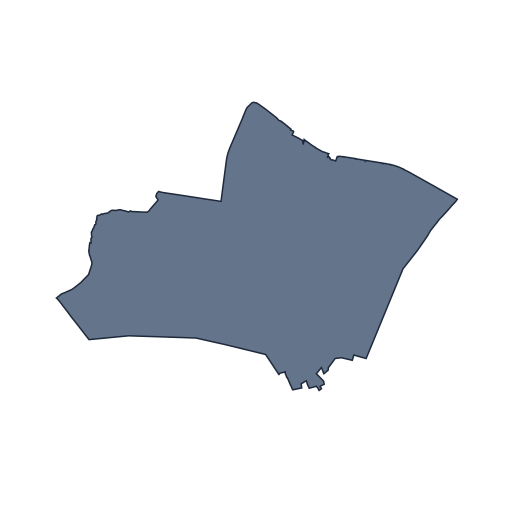 outline of Heeze-Leende, Noord-Brabant, Netherlands, rotated 38°
{"feature_id": "6326949B20290330691137", "entity_name": "Heeze-Leende", "entity_type": "district", "adm_level": 2, "iso_a3": "NLD", "parent_name": "Netherlands", "parent_adm1": "Noord-Brabant", "projection": "albers", "projection_center": [5.542, 51.359], "detail": "fine", "context": "isolated", "style": "filled", "palette": "slate", "viewbox_px": 512, "rotation_deg": 38, "n_neighbors": 0, "source": "geoboundaries", "source_scale": "gbopen_adm2", "svg_char_len": 5684}
<svg xmlns="http://www.w3.org/2000/svg" viewBox="0 0 512 512"><g transform="rotate(38 256 256)"><path d="M157.9,146.5L159.9,153.8L160.0,153.7L169.0,187.6L169.4,188.7L169.7,189.8L170.1,190.9L170.5,192.0L170.9,193.1L171.4,194.2L171.9,195.3L172.4,196.3L173.0,197.4L173.5,198.4L194.8,234.5L190.0,237.2L188.0,238.3L183.8,240.7L179.7,243.0L175.5,245.3L169.3,248.8L158.9,254.6L152.7,258.1L150.6,259.3L148.5,260.5L144.4,262.8L143.3,263.4L142.3,263.9L141.2,264.4L139.5,265.1L139.5,265.6L139.3,267.5L139.6,268.7L139.7,269.1L140.3,269.8L140.4,270.0L140.4,270.3L140.3,270.5L140.5,270.8L141.4,271.1L142.0,271.4L142.6,271.6L143.9,271.9L144.1,272.0L144.3,272.4L144.3,274.3L143.8,284.2L143.9,284.8L143.9,285.8L143.7,286.8L143.3,288.4L143.2,288.7L143.0,288.8L142.6,288.9L142.5,289.0L142.1,289.3L141.4,289.7L140.9,290.3L140.0,290.9L132.7,296.0L132.2,296.3L131.8,296.7L131.6,297.0L131.3,297.2L131.2,297.3L130.8,297.4L130.3,297.4L129.6,297.6L129.2,297.8L129.1,298.1L128.5,299.7L128.5,299.8L128.3,299.9L127.7,300.1L126.2,300.6L125.6,300.8L125.1,301.0L124.3,301.4L124.0,301.6L121.6,302.7L121.0,302.8L120.5,303.1L120.2,303.3L119.8,303.7L119.3,304.2L119.1,304.4L118.5,305.4L118.3,305.7L118.2,305.8L117.9,305.9L117.7,306.1L117.5,306.3L117.2,306.7L117.1,306.8L116.7,307.1L116.1,307.3L115.9,307.4L115.6,307.6L115.1,308.1L114.6,308.5L113.9,309.3L113.8,309.5L113.7,309.9L113.4,310.7L113.4,310.9L112.8,313.1L112.7,313.3L112.6,313.5L112.3,313.9L111.1,315.1L110.8,315.5L110.5,315.8L110.2,316.1L109.9,316.7L109.7,317.0L109.4,317.6L108.8,317.7L108.6,317.8L108.4,318.0L108.1,318.6L107.9,319.2L107.8,319.8L107.7,319.9L107.4,320.3L106.9,320.8L106.7,321.1L106.4,321.4L106.2,321.5L106.1,321.9L106.1,322.0L106.3,322.7L106.5,323.0L106.8,323.5L107.2,323.9L107.6,325.1L108.0,325.2L108.3,325.3L108.4,325.7L108.4,325.8L108.5,326.4L108.5,326.5L108.6,327.4L108.7,327.6L109.0,328.0L109.3,328.4L109.4,328.5L109.8,328.8L110.0,329.0L110.1,329.7L110.1,330.1L110.0,330.3L109.7,330.6L109.7,330.9L109.8,331.2L110.1,331.6L110.2,331.9L110.6,333.2L110.8,333.8L110.8,334.2L110.8,335.2L110.9,335.3L111.3,336.5L111.6,338.2L111.6,338.4L111.7,338.7L111.8,338.8L111.9,339.0L112.6,339.7L113.8,341.0L114.3,341.5L114.8,341.7L115.1,342.0L115.2,342.6L115.1,343.2L115.1,343.5L116.0,345.0L116.4,345.3L116.7,345.6L117.4,346.4L117.8,346.9L118.0,347.1L117.9,347.2L117.7,347.4L116.9,347.6L117.0,348.2L117.2,348.4L117.5,349.1L119.2,351.8L119.6,352.5L120.0,353.0L120.4,353.8L121.0,354.8L121.3,355.1L121.5,355.4L121.7,355.6L122.2,356.0L123.3,357.0L123.9,357.5L124.2,357.8L124.8,358.1L126.1,358.9L127.2,359.7L128.7,360.8L129.5,361.2L130.1,361.6L130.4,361.9L131.5,363.2L131.6,363.3L131.8,363.7L132.4,365.3L132.5,365.5L133.1,367.1L133.4,368.0L134.3,370.4L134.5,370.9L134.6,371.4L135.0,372.4L135.1,372.7L135.3,373.1L135.4,373.7L135.4,374.3L135.4,375.0L134.7,380.6L134.5,382.9L134.5,383.0L134.3,384.7L133.4,388.6L132.6,391.8L132.2,393.4L131.8,394.8L131.5,395.6L131.2,396.3L127.2,403.8L126.8,404.4L126.1,405.5L126.0,405.9L124.6,412.0L125.2,412.0L129.1,412.7L130.6,413.1L135.8,414.5L141.8,416.0L148.6,417.9L151.1,418.5L152.9,418.9L175.9,424.7L187.5,413.7L192.0,409.4L204.9,397.2L214.9,389.9L227.2,380.9L230.9,378.2L259.2,357.6L264.3,355.2L276.6,349.4L281.6,347.0L285.4,345.2L324.2,327.7L331.2,330.0L332.1,330.3L333.5,330.8L347.0,335.3L347.1,335.2L347.0,334.8L346.9,334.6L347.0,334.2L347.0,333.9L347.1,333.7L347.6,332.9L350.4,329.3L351.2,330.4L351.4,330.6L351.9,330.9L355.2,332.8L355.5,332.5L362.3,336.3L362.4,336.2L367.3,338.9L373.3,331.8L370.3,328.9L371.0,327.1L371.3,326.5L371.4,326.0L371.8,325.0L372.1,324.3L372.5,323.4L374.9,325.0L376.2,325.9L378.6,327.0L378.9,327.2L379.3,327.5L383.8,321.5L384.0,321.6L384.2,321.8L384.4,321.8L384.6,321.8L385.1,321.8L385.5,321.8L386.0,321.9L386.3,322.1L386.8,322.4L387.1,322.5L388.5,323.1L389.3,320.3L386.8,319.2L388.5,315.4L388.7,315.1L386.4,313.0L376.1,311.6L376.2,303.7L380.3,305.9L380.3,306.1L382.0,307.0L382.3,305.6L382.7,303.6L383.2,301.7L381.5,299.0L381.8,298.3L381.5,288.0L384.2,285.3L385.9,283.6L396.1,278.9L394.1,273.8L405.9,269.0L404.5,264.0L403.2,259.4L400.8,250.7L400.1,248.3L399.6,246.4L399.1,244.7L399.0,244.3L379.7,175.5L379.8,159.9L379.8,159.1L379.8,152.2L378.8,134.9L377.9,128.8L377.9,123.3L377.9,121.7L378.0,119.7L378.0,118.2L377.9,114.8L377.9,113.6L378.0,113.1L378.4,109.7L379.1,100.5L379.2,98.5L379.2,97.7L379.3,95.9L379.7,91.8L379.8,90.1L379.7,87.3L359.9,90.3L359.7,90.6L359.3,90.4L324.2,95.8L322.8,96.1L318.8,96.9L318.7,96.7L317.3,97.1L316.1,97.4L313.8,98.0L311.6,98.7L309.4,99.5L307.2,100.4L305.4,101.2L305.6,101.5L305.4,101.6L305.1,101.5L304.0,102.0L303.0,102.5L301.9,103.0L300.9,103.6L298.3,105.0L298.8,105.2L298.6,105.3L298.1,105.1L284.0,112.9L283.9,113.3L283.8,113.0L275.1,117.8L275.0,118.2L274.8,118.3L274.6,117.9L268.7,121.2L266.0,122.7L264.1,123.7L264.2,123.8L261.9,125.1L260.0,126.3L260.1,126.7L258.8,127.6L260.3,132.1L258.8,132.5L257.2,133.1L256.1,134.0L255.1,133.7L254.8,133.7L254.2,133.3L253.9,133.6L253.1,132.9L252.0,132.9L251.8,133.8L251.8,134.0L251.4,134.1L251.2,133.3L251.1,132.6L251.1,132.4L250.9,132.2L250.5,131.9L250.2,131.6L250.1,131.4L250.4,131.1L250.4,130.6L249.3,131.0L247.6,131.6L245.8,132.1L245.1,132.6L243.7,132.9L240.2,133.5L236.4,134.0L236.3,133.8L234.7,134.0L232.9,134.2L231.7,134.3L224.6,134.5L224.3,134.8L223.9,135.1L223.4,134.5L222.2,134.5L222.7,135.4L222.9,136.0L223.1,136.4L223.3,136.8L223.3,136.7L224.3,138.5L224.0,138.6L221.5,136.2L219.6,136.7L218.1,136.7L210.0,138.4L209.2,134.9L208.7,134.7L208.3,134.6L205.6,135.5L205.4,134.5L201.4,134.5L201.5,134.4L198.3,134.3L193.1,134.3L193.2,134.5L192.4,134.5L190.9,135.0L190.2,135.0L187.0,134.4L172.1,134.4L162.5,134.9L159.3,136.5L158.5,137.8L157.6,144.2L157.9,146.5Z" fill="#64748b" stroke="#1e293b" stroke-width="1.5"/></g></svg>